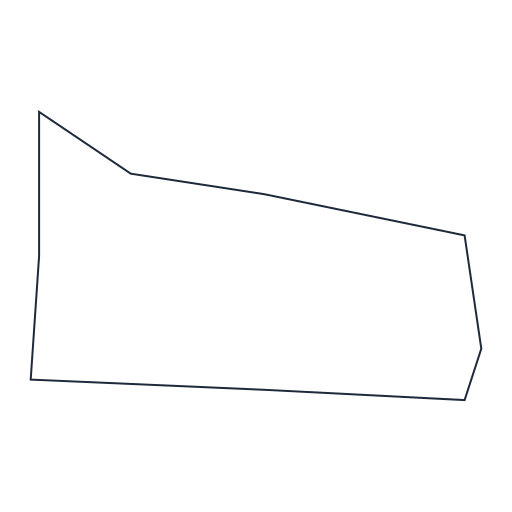 the state/province of Santa Luċija
{"feature_id": "MLT-5965", "entity_name": "Santa Luċija", "entity_type": "state/province", "adm_level": 1, "iso_a3": "MLT", "parent_name": "Malta", "parent_adm1": "", "projection": "mercator", "projection_center": [14.503, 35.854], "detail": "fine", "context": "isolated", "style": "outline", "palette": "slate", "viewbox_px": 512, "rotation_deg": 0, "n_neighbors": 0, "source": "natural_earth", "source_scale": "10m", "svg_char_len": 244}
<svg xmlns="http://www.w3.org/2000/svg" viewBox="0 0 512 512"><path d="M464.6,235.4L481.3,348.7L464.6,400.1L264.3,389.8L30.7,379.6L39.1,256.0L39.1,111.9L130.8,173.7L264.3,194.2L464.6,235.4Z" fill="none" stroke="#1e293b" stroke-width="2"/></svg>